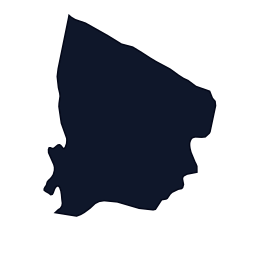 the border of Coronie, rotated 12°
{"feature_id": "SUR-71", "entity_name": "Coronie", "entity_type": "District", "adm_level": 1, "iso_a3": "SUR", "parent_name": "Suriname", "parent_adm1": "", "projection": "equal_earth", "projection_center": [-56.304, 5.634], "detail": "fine", "context": "isolated", "style": "filled", "palette": "ink", "viewbox_px": 256, "rotation_deg": 12, "n_neighbors": 0, "source": "natural_earth", "source_scale": "10m", "svg_char_len": 1487}
<svg xmlns="http://www.w3.org/2000/svg" viewBox="0 0 256 256"><g transform="rotate(12 128 128)"><path d="M46.9,30.1L49.4,31.5L53.8,33.0L64.6,34.3L89.5,42.1L104.0,47.3L115.8,47.9L126.5,51.7L134.3,54.7L141.5,57.2L157.0,61.7L166.4,65.9L172.0,68.0L176.8,69.1L185.7,73.2L200.2,75.1L204.3,81.3L207.6,83.8L209.0,88.0L209.0,114.6L208.6,116.1L205.4,120.6L201.9,121.7L195.7,122.7L193.8,123.6L192.4,124.8L191.8,126.4L191.4,128.7L191.5,130.6L192.0,132.7L192.8,135.0L194.6,138.7L200.7,147.6L201.6,148.6L203.3,151.1L204.6,156.9L195.2,160.9L192.2,163.5L191.8,164.9L191.8,166.4L194.0,171.7L193.8,174.9L193.0,176.1L189.9,177.4L184.4,181.7L182.9,183.9L181.0,188.6L180.0,189.5L175.8,191.2L171.7,201.8L169.6,202.8L155.6,204.2L132.9,202.5L119.7,204.0L115.0,205.8L111.5,208.6L107.5,214.3L102.7,219.7L99.7,222.4L96.0,224.8L74.4,225.9L76.9,222.3L78.5,220.9L79.6,218.0L79.5,215.2L78.4,212.1L76.8,206.9L75.5,203.5L73.6,200.3L72.1,199.2L70.8,199.4L69.8,200.4L68.9,202.5L68.2,207.1L67.7,208.6L66.3,209.3L64.2,208.2L60.6,207.1L58.9,206.2L58.7,204.8L59.2,203.0L60.1,201.0L60.3,197.6L61.2,195.7L62.4,194.1L63.6,192.0L64.7,189.0L64.9,184.7L64.3,181.7L63.1,179.2L55.5,168.7L54.7,165.6L55.0,163.7L56.3,163.4L57.8,163.8L59.3,163.6L60.6,162.2L61.8,160.6L63.1,159.1L64.6,158.6L66.1,159.3L68.8,161.5L70.0,161.3L70.7,159.8L71.2,156.0L70.8,152.8L70.2,150.7L61.8,137.1L56.0,121.4L55.5,118.1L55.0,111.0L54.1,108.3L51.6,103.0L48.1,92.4L47.4,84.6L47.0,33.1L46.9,30.1Z" fill="#0f172a" stroke="#020617" stroke-width="1.5"/></g></svg>